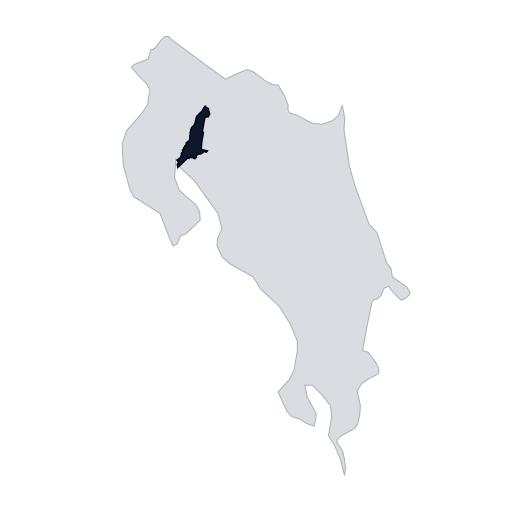 location of Canas, Guanacaste, Costa Rica, rotated 11°
{"feature_id": "36466004B65281330352027", "entity_name": "Canas", "entity_type": "district", "adm_level": 2, "iso_a3": "CRI", "parent_name": "Costa Rica", "parent_adm1": "Guanacaste", "projection": "equal_earth", "projection_center": [-85.111, 10.45], "detail": "fine", "context": "in_parent", "style": "filled", "palette": "ink", "viewbox_px": 512, "rotation_deg": 11, "n_neighbors": 0, "source": "geoboundaries", "source_scale": "gbopen_adm2", "svg_char_len": 6650}
<svg xmlns="http://www.w3.org/2000/svg" viewBox="0 0 512 512"><g transform="rotate(11 256 256)"><path d="M414.2,262.6L413.7,264.9L412.1,267.4L409.7,269.9L406.6,271.6L399.1,266.5L391.8,260.6L387.7,263.3L386.2,270.9L383.5,274.8L380.1,276.3L378.7,278.8L378.4,304.4L378.7,328.4L384.3,329.0L393.6,337.3L397.6,342.3L398.9,346.8L397.7,349.0L390.9,354.3L384.3,360.9L381.0,369.2L386.9,382.6L388.1,391.7L387.9,401.3L386.3,405.8L373.5,416.8L370.7,420.6L371.0,423.4L378.2,431.0L381.5,438.3L384.4,447.1L384.8,454.7L378.3,440.5L369.3,427.0L361.5,418.7L360.9,399.2L357.8,388.7L346.1,378.9L336.1,372.1L328.6,373.5L333.2,384.7L345.0,399.0L345.8,404.5L345.6,411.9L337.5,410.8L330.4,407.8L321.7,406.8L315.9,402.4L303.6,385.3L312.3,370.7L315.0,361.1L314.7,341.2L312.7,331.6L303.2,316.9L288.2,300.8L267.1,287.7L257.2,277.1L232.6,269.0L223.2,263.6L215.9,253.6L214.8,246.5L217.4,235.5L210.5,221.4L181.2,193.9L164.8,183.7L161.3,177.8L158.7,175.9L161.2,194.9L168.4,206.4L187.1,217.1L192.2,223.3L194.3,231.4L183.5,246.9L177.9,250.9L176.3,259.3L172.7,261.9L169.0,257.0L153.8,232.7L124.4,221.0L119.1,213.9L108.2,191.7L103.2,171.4L105.0,157.9L117.1,136.9L120.9,127.7L120.1,122.1L120.5,113.8L116.0,108.0L104.9,100.4L97.8,94.4L99.7,91.4L112.5,83.2L113.3,75.9L113.2,73.5L115.3,72.9L117.2,71.0L118.3,69.0L121.8,61.9L124.9,57.9L128.4,57.3L132.7,60.2L148.8,67.8L166.6,76.3L192.1,88.3L202.7,80.6L211.8,74.7L218.1,75.6L231.8,82.4L240.1,84.6L245.1,83.9L253.9,94.0L258.7,101.5L259.5,106.6L262.1,109.3L269.0,109.9L285.7,115.0L295.9,114.0L305.2,108.6L310.3,102.1L311.9,91.9L314.2,96.9L317.0,104.9L318.2,115.1L330.3,149.3L339.9,168.5L361.0,203.3L370.1,209.7L385.5,237.8L390.8,242.4L393.9,250.7L409.8,257.5L414.2,262.6Z" fill="#d9dde1" stroke="#a8b0b8" stroke-width="1"/><path d="M182.3,123.2L182.0,123.0L181.9,122.9L181.7,122.8L181.6,122.6L181.7,122.0L181.5,121.6L181.4,121.0L181.2,120.7L181.1,120.4L180.9,120.4L180.6,120.2L180.2,120.1L179.8,119.9L179.3,119.9L178.7,119.9L178.3,119.7L178.2,119.6L178.1,119.2L178.0,118.8L178.0,118.5L177.9,118.5L177.4,118.8L177.4,119.1L177.2,119.4L176.9,119.7L176.5,120.5L176.3,121.1L176.1,121.7L175.9,122.0L175.6,123.1L175.6,123.4L175.4,123.7L175.4,123.8L175.3,124.0L175.3,124.3L175.0,124.7L174.9,124.9L174.8,125.0L174.5,125.2L174.3,125.4L174.2,125.5L173.9,125.9L173.8,126.3L173.7,126.5L173.5,126.8L173.4,126.9L173.2,127.1L172.9,127.7L172.6,128.0L172.5,128.3L172.5,128.5L172.3,128.9L172.0,129.2L171.6,129.3L171.4,130.0L171.3,130.3L171.1,130.7L171.1,130.8L171.0,131.0L171.1,131.4L171.1,131.7L171.0,131.8L171.0,132.0L171.0,132.5L170.9,132.6L170.9,132.8L171.1,132.8L171.1,133.0L171.0,133.3L171.0,133.6L171.0,133.8L171.0,134.1L171.0,134.4L170.9,134.7L170.9,134.8L170.7,135.0L170.8,135.4L170.8,135.6L171.0,135.7L171.0,135.9L170.9,136.3L170.9,136.9L170.8,137.1L170.6,137.5L170.5,137.8L170.4,138.2L170.4,138.3L170.6,138.6L170.6,138.8L170.4,138.9L170.3,139.2L170.1,139.3L169.9,139.7L169.9,140.0L169.7,140.5L169.3,140.8L169.0,141.3L168.6,141.6L168.4,141.8L168.2,142.3L168.2,142.5L168.3,142.7L168.3,142.9L168.2,143.3L167.9,144.0L168.2,144.0L168.4,144.1L168.1,145.0L168.0,145.4L168.0,146.0L167.9,146.3L167.8,146.6L167.8,147.1L167.8,147.3L167.9,147.6L167.9,147.9L168.1,148.1L168.1,148.5L168.1,148.9L168.3,149.1L168.2,149.4L168.1,149.9L168.0,150.2L168.0,150.6L168.1,150.9L168.3,151.3L168.3,151.5L168.5,151.8L168.5,152.1L168.5,152.8L168.6,153.1L168.7,153.3L168.7,153.8L168.4,154.9L168.4,155.2L168.5,155.4L168.3,155.8L168.0,156.2L167.3,156.7L167.1,156.7L167.0,156.8L166.9,157.0L167.0,157.1L167.2,157.6L167.1,157.8L166.9,157.8L166.8,158.0L166.7,158.0L166.5,157.9L166.4,157.9L166.2,158.0L166.3,158.1L166.5,158.1L166.5,158.3L166.5,158.6L166.4,158.8L166.2,158.8L166.2,158.5L166.1,158.4L166.0,158.6L166.0,158.8L166.1,159.1L166.5,159.0L166.7,159.6L166.4,159.7L166.3,159.9L166.3,160.0L166.5,160.1L166.5,160.3L166.3,160.5L166.1,160.8L165.8,160.8L165.7,161.3L165.5,161.8L165.5,161.7L165.4,161.4L165.1,161.5L165.0,161.9L165.0,162.2L165.1,162.5L165.1,162.8L164.9,163.1L164.8,163.3L164.6,163.3L164.4,163.6L164.4,163.9L164.4,164.0L164.6,164.0L164.7,164.3L164.8,164.5L164.7,164.7L164.4,165.1L164.4,165.4L164.4,165.6L164.4,165.9L164.2,165.7L164.0,166.0L163.9,166.0L163.7,165.9L163.6,166.0L163.8,166.2L163.9,166.4L164.0,166.6L164.2,167.2L164.0,167.9L163.8,168.3L163.7,168.5L163.4,169.0L163.2,169.2L163.2,169.4L163.2,169.5L163.2,169.9L163.5,171.0L163.5,171.5L163.7,171.8L164.0,172.1L164.2,172.3L164.1,172.5L163.8,172.6L163.5,172.5L163.3,172.5L163.2,172.5L163.1,172.8L163.1,173.2L163.0,173.4L162.8,174.1L162.7,174.3L162.2,174.8L161.7,175.1L161.3,175.8L161.1,176.0L160.8,176.4L160.6,176.5L160.3,176.6L160.1,177.0L160.8,177.6L161.3,178.1L161.8,178.6L161.8,179.0L161.8,179.9L161.6,180.2L161.5,180.3L161.3,180.8L161.2,180.9L161.3,181.1L161.3,181.6L161.5,182.1L161.8,182.5L162.0,183.1L162.1,183.5L162.1,183.9L162.2,184.1L162.3,183.9L162.4,183.7L162.6,183.4L162.8,183.3L163.0,183.1L163.2,182.7L163.5,182.4L169.9,173.3L169.9,173.0L170.1,172.9L170.2,172.7L170.4,172.7L170.5,172.7L170.9,172.7L171.2,172.8L171.2,173.0L171.4,173.0L171.4,172.6L171.6,172.6L171.7,172.4L171.8,172.3L172.2,172.2L172.3,171.9L172.4,171.7L172.7,171.7L172.9,171.6L173.0,171.6L173.3,171.7L173.5,171.6L173.8,171.8L174.2,171.7L174.5,171.7L174.9,171.5L175.0,171.4L174.9,171.3L175.1,171.2L175.7,171.3L175.8,171.3L175.9,171.5L176.1,171.7L176.4,171.7L176.4,171.9L176.7,171.9L176.8,172.0L177.0,172.0L177.3,172.2L177.5,172.1L177.5,171.8L177.6,171.7L177.7,171.4L177.7,171.1L177.8,171.0L178.0,171.0L178.3,170.9L178.2,170.7L178.3,170.5L178.5,170.4L178.4,170.3L178.1,170.2L178.2,169.8L178.0,169.5L178.0,168.8L178.4,168.5L178.6,168.4L178.6,168.0L178.9,168.1L179.1,167.8L179.3,167.7L179.6,167.4L179.8,167.1L179.9,166.8L180.0,166.7L180.3,166.6L180.5,166.5L180.9,166.8L181.0,166.8L181.1,166.7L181.2,166.4L181.5,166.2L181.8,166.5L182.0,166.5L182.2,166.2L182.6,166.1L183.0,165.6L183.5,165.4L183.7,165.2L183.8,165.0L183.9,164.9L184.0,164.8L184.2,164.4L184.6,164.1L184.8,163.9L184.9,163.4L185.0,163.1L185.3,163.3L185.7,163.3L185.8,163.2L186.1,162.9L186.3,162.9L186.4,163.1L186.8,163.3L187.3,163.7L187.5,163.6L187.6,163.1L188.0,162.8L188.3,162.1L181.9,161.8L181.0,154.4L180.9,147.9L180.9,145.0L179.6,143.8L179.4,133.0L179.4,132.7L179.4,131.9L179.5,131.6L179.2,131.4L179.2,131.2L179.4,130.6L179.4,130.2L179.2,130.0L179.2,129.9L179.4,129.6L179.7,129.5L179.7,129.4L180.1,129.2L180.3,129.3L180.6,129.1L180.9,129.1L181.4,128.7L181.5,128.4L182.3,128.4L182.6,128.5L182.7,128.4L182.7,128.1L182.8,127.9L182.8,127.7L182.8,127.4L182.8,127.2L182.8,126.9L183.0,126.7L183.2,126.3L183.3,126.1L183.5,125.5L183.3,125.0L183.2,124.8L183.1,124.7L182.9,124.5L182.7,124.3L182.6,124.1L182.4,123.5L182.3,123.2Z" fill="#0f172a" stroke="#020617" stroke-width="1.5"/></g></svg>